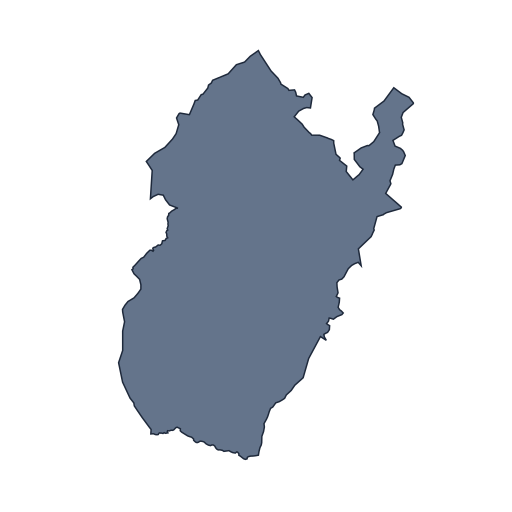 outline of Bogoro, Bauchi, Nigeria, rotated 104°
{"feature_id": "59680162B11671066128606", "entity_name": "Bogoro", "entity_type": "district", "adm_level": 2, "iso_a3": "NGA", "parent_name": "Nigeria", "parent_adm1": "Bauchi", "projection": "mercator", "projection_center": [9.621, 9.639], "detail": "fine", "context": "isolated", "style": "filled", "palette": "slate", "viewbox_px": 512, "rotation_deg": 104, "n_neighbors": 0, "source": "geoboundaries", "source_scale": "gbopen_adm2", "svg_char_len": 4366}
<svg xmlns="http://www.w3.org/2000/svg" viewBox="0 0 512 512"><g transform="rotate(104 256 256)"><path d="M226.0,372.3L223.2,370.1L219.8,365.9L219.4,360.7L223.3,357.4L227.4,352.2L228.5,343.3L229.1,345.2L230.7,346.4L232.9,348.7L235.1,350.1L235.8,350.9L237.3,350.7L237.6,350.6L239.4,351.3L241.3,351.2L244.6,349.4L246.3,349.2L247.8,348.5L250.9,348.8L252.2,347.9L253.1,348.7L254.9,349.0L256.1,348.0L258.4,347.3L259.7,346.1L260.7,347.4L262.9,348.0L263.9,350.4L267.0,350.4L268.8,351.7L269.0,353.6L271.7,355.7L272.1,356.8L272.9,357.8L274.0,357.9L275.2,356.7L276.3,357.1L275.7,359.0L276.1,360.4L279.8,362.7L284.4,364.7L286.1,366.8L289.5,368.7L293.9,371.0L296.7,372.7L298.1,372.1L299.3,373.1L302.8,370.0L304.5,367.0L306.8,363.3L311.8,360.7L316.0,359.7L320.9,361.6L326.1,364.2L331.1,369.2L335.4,371.2L340.1,372.6L342.3,371.9L343.7,371.3L351.6,367.6L361.1,367.2L379.9,362.5L391.5,363.4L392.8,363.5L407.8,356.3L410.7,354.9L424.4,343.8L428.1,339.0L429.5,338.4L430.9,337.8L434.8,333.5L440.4,327.2L448.0,318.0L449.7,315.8L454.1,315.0L453.3,312.6L453.4,311.6L453.6,310.5L453.4,308.9L452.8,307.6L451.6,307.4L450.9,306.6L451.0,305.9L450.7,305.0L450.7,303.3L449.6,302.4L450.0,301.2L449.5,300.0L448.9,298.7L447.9,299.6L446.9,299.5L446.7,297.9L445.6,296.2L445.3,294.6L444.4,293.6L442.9,292.8L441.8,292.1L441.2,291.1L441.5,289.6L441.9,287.6L443.6,287.3L443.9,287.2L444.9,285.5L447.1,278.7L447.3,276.8L447.4,274.6L448.0,273.5L448.5,272.4L449.9,271.9L450.9,270.2L451.4,268.9L451.2,267.7L450.5,266.7L449.4,265.7L449.0,264.8L448.9,263.3L448.9,261.9L449.2,261.0L450.3,259.1L451.0,256.5L451.0,254.3L450.0,253.1L449.7,251.6L450.4,250.0L451.8,248.8L452.8,247.5L453.3,245.8L452.8,244.1L452.7,241.6L453.0,240.8L453.3,239.9L451.4,235.1L452.0,233.3L452.4,231.0L452.2,228.4L451.8,228.1L450.7,227.2L450.8,226.4L451.9,224.9L452.7,224.6L453.5,224.4L454.0,222.7L455.7,219.0L455.9,217.1L455.0,215.6L453.5,215.7L452.5,214.8L451.5,212.9L450.7,210.2L449.8,207.9L448.7,205.5L445.2,205.8L440.9,205.8L438.1,205.2L435.8,205.3L429.6,206.7L424.6,206.2L419.9,206.5L416.7,207.7L412.0,206.4L409.4,205.9L407.4,205.7L403.8,205.5L400.3,205.0L398.5,203.2L393.7,201.3L391.7,198.2L389.3,195.7L387.2,193.8L383.5,193.0L377.9,189.3L372.0,187.1L364.2,181.8L362.7,180.8L359.3,180.7L342.7,180.1L318.6,174.0L320.8,167.4L318.0,170.1L315.6,171.2L314.3,169.9L312.8,168.1L309.7,167.0L305.8,167.7L305.2,169.7L304.5,171.2L301.7,169.9L298.5,170.0L298.4,168.4L298.6,165.6L295.3,162.9L293.6,160.6L292.1,158.5L290.2,157.6L288.7,159.9L287.9,161.9L285.9,163.9L280.8,164.0L276.7,164.7L276.5,166.8L275.9,168.3L271.9,167.5L266.5,169.8L262.3,171.1L259.1,169.6L257.7,167.2L254.9,165.6L252.4,165.0L249.6,164.3L246.0,163.4L242.0,160.9L239.5,158.3L237.4,155.3L240.0,151.6L236.3,153.2L224.3,158.4L211.9,150.6L209.4,149.0L206.5,148.4L206.0,148.4L202.2,147.6L201.0,148.4L197.0,148.3L188.5,148.1L187.4,146.3L185.1,142.4L184.6,142.2L182.4,139.9L175.2,127.5L174.0,126.7L173.4,126.8L163.9,145.3L153.3,142.6L150.6,144.2L143.7,143.2L138.3,143.3L134.1,142.8L132.7,138.5L131.1,136.8L122.6,135.5L122.4,135.5L119.1,138.0L117.9,139.4L117.0,141.3L116.7,141.6L115.7,147.7L110.7,151.1L105.2,145.9L103.7,144.0L100.9,143.3L97.8,142.8L92.6,145.7L91.3,145.8L86.3,148.6L81.2,148.0L70.1,140.2L69.3,140.4L65.0,145.9L63.3,153.8L59.4,163.0L74.7,169.3L83.9,176.8L85.5,176.6L90.3,176.8L90.5,176.8L94.3,172.8L95.6,171.1L100.4,168.4L106.1,166.1L106.3,165.9L116.6,169.4L121.6,173.1L121.9,174.7L125.7,180.1L132.3,185.8L132.8,185.5L138.5,184.0L144.3,176.8L145.9,173.1L152.3,175.7L152.3,175.8L158.7,180.4L152.2,188.9L146.8,189.7L144.0,195.9L143.0,198.1L140.7,198.0L140.2,198.7L138.0,202.9L137.9,203.0L127.7,207.9L125.3,208.5L124.7,211.0L124.4,214.5L124.2,215.0L123.4,223.4L124.3,227.1L125.3,231.2L123.9,232.8L123.6,233.9L119.4,240.5L116.9,243.1L114.1,248.1L111.7,252.6L105.1,249.6L101.3,245.5L99.7,242.7L99.2,239.0L88.7,239.9L85.4,244.1L87.9,247.4L90.6,248.5L90.9,255.4L87.5,257.1L85.5,258.8L87.3,264.1L85.8,265.6L83.2,273.4L81.9,274.1L78.2,277.7L72.8,286.2L59.5,300.5L56.1,303.4L63.6,309.9L70.6,314.0L75.1,321.3L81.1,324.5L86.0,327.1L96.0,340.6L99.0,341.2L101.6,343.4L104.7,343.4L111.8,346.6L112.7,348.2L118.8,350.3L119.8,352.6L123.6,353.0L134.9,354.8L135.0,354.9L135.7,364.3L136.5,365.1L141.3,366.5L147.3,362.7L156.6,363.1L162.7,365.3L172.7,370.7L180.9,379.2L190.8,385.3L194.7,381.0L195.4,380.3L198.1,377.4L226.0,372.3Z" fill="#64748b" stroke="#1e293b" stroke-width="1.5"/></g></svg>